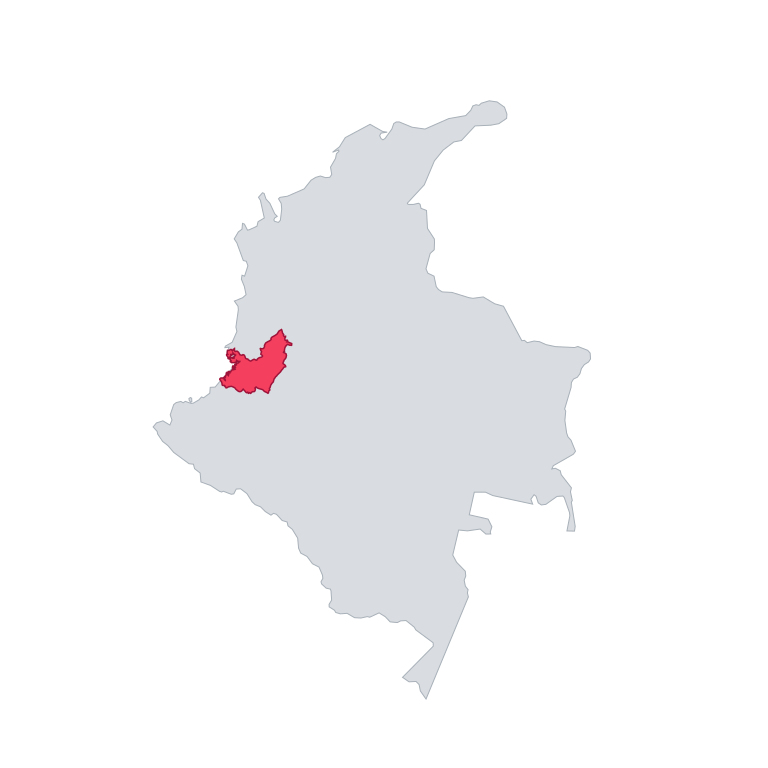 where Valle del Cauca sits in Colombia, rotated 12°
{"feature_id": "COL-1408", "entity_name": "Valle del Cauca", "entity_type": "Department", "adm_level": 1, "iso_a3": "COL", "parent_name": "Colombia", "parent_adm1": "", "projection": "mercator", "projection_center": [-76.797, 4.064], "detail": "fine", "context": "in_parent", "style": "filled", "palette": "rose", "viewbox_px": 768, "rotation_deg": 12, "n_neighbors": 0, "source": "natural_earth", "source_scale": "10m", "svg_char_len": 9691}
<svg xmlns="http://www.w3.org/2000/svg" viewBox="0 0 768 768"><g transform="rotate(12 384 384)"><path d="M442.2,105.5L434.5,108.7L419.4,112.6L409.1,129.7L402.0,132.7L393.3,142.8L386.9,155.3L382.0,180.8L369.2,202.3L370.2,203.3L375.3,202.3L380.2,200.0L381.9,200.7L383.7,204.5L389.5,205.4L394.2,222.8L403.1,231.7L404.0,235.1L405.2,242.3L402.0,246.7L401.1,262.6L403.9,266.5L410.5,268.1L414.9,278.0L417.7,280.3L421.8,281.8L431.5,280.3L449.1,281.9L453.2,281.7L463.0,278.2L475.5,282.5L484.7,283.1L509.8,313.0L512.3,312.1L515.5,313.8L521.8,310.8L527.3,310.3L534.5,311.8L543.9,311.8L562.9,308.7L565.8,307.0L576.2,308.7L579.2,310.9L580.8,316.5L579.5,319.9L575.9,323.4L573.9,327.8L573.5,333.2L571.7,337.2L568.3,339.8L567.0,343.6L567.7,348.5L565.9,370.9L567.4,372.8L568.5,382.0L572.8,393.9L574.9,397.4L578.6,400.1L585.3,410.0L583.8,413.3L566.6,428.7L565.8,432.2L569.1,430.8L574.4,432.2L576.2,435.9L588.9,446.6L588.8,450.7L592.4,458.8L591.8,460.6L600.6,483.5L600.9,488.3L593.5,489.7L593.2,474.3L592.2,471.2L583.9,457.5L582.2,456.4L576.6,458.0L567.3,468.1L563.0,469.6L559.6,468.2L556.1,462.2L553.8,461.1L551.6,466.1L554.4,470.6L513.6,470.5L505.7,468.7L494.8,471.0L494.6,494.2L513.9,494.5L519.2,501.2L518.7,506.6L519.6,508.5L514.9,509.6L508.2,505.9L496.2,510.3L487.4,511.3L486.8,537.0L492.1,543.3L502.4,550.2L503.9,554.8L503.2,559.2L505.6,564.8L509.0,567.7L509.0,571.0L510.8,574.7L490.6,683.4L483.4,676.7L480.8,670.7L477.2,668.3L470.4,670.1L463.1,667.1L486.7,630.2L485.9,626.9L466.2,617.9L464.2,615.6L454.8,610.8L449.6,612.2L446.6,614.6L439.5,615.4L433.7,611.4L426.8,608.9L418.5,615.1L416.0,615.0L410.1,617.7L403.8,618.7L395.6,616.0L389.0,617.9L384.3,617.5L382.6,615.6L376.7,613.4L376.1,610.9L377.7,606.3L375.2,597.4L374.2,595.8L369.8,595.7L364.5,592.5L363.5,590.5L364.6,586.9L363.6,583.8L358.5,576.6L351.4,574.7L344.6,568.7L337.7,566.7L334.6,562.4L331.6,552.7L324.5,545.2L319.6,542.7L317.9,539.1L312.8,538.7L305.9,533.8L302.8,533.5L300.7,535.8L294.3,533.4L288.8,529.8L283.1,528.8L279.4,526.6L272.7,519.7L265.5,516.3L261.3,517.5L259.9,522.7L257.5,523.6L249.1,522.3L247.7,523.4L245.5,523.2L235.4,519.3L225.3,517.9L222.7,509.3L216.3,506.2L214.3,502.1L209.8,502.5L192.6,494.7L185.5,489.2L179.4,486.2L173.0,480.0L172.0,477.6L167.1,474.0L169.5,469.4L175.4,466.0L183.1,468.7L184.1,463.3L181.3,458.6L182.6,447.8L184.6,445.4L188.9,443.3L191.5,444.1L193.2,442.3L199.4,443.1L201.4,442.4L206.2,438.1L208.2,434.6L210.4,435.0L215.5,429.2L214.7,423.4L219.5,422.1L224.5,412.6L226.7,412.4L227.9,407.9L236.7,392.2L233.5,394.0L230.0,392.9L230.6,387.6L229.5,387.0L226.6,391.1L224.2,386.9L224.8,380.2L220.8,381.5L221.0,379.9L226.8,374.8L229.2,363.2L227.3,359.1L226.1,341.7L225.1,338.4L220.4,334.0L227.8,329.0L230.5,325.3L227.1,317.6L222.7,311.1L222.5,307.1L225.2,307.5L226.3,296.7L223.8,292.6L220.7,292.5L210.7,276.5L207.3,273.2L209.9,265.5L212.9,262.1L212.2,256.3L214.2,256.6L218.5,261.9L220.2,261.1L226.9,256.1L227.1,251.4L232.4,246.5L224.9,230.0L222.4,227.5L225.4,222.2L227.1,222.5L230.1,227.6L234.8,231.0L241.7,240.2L244.7,242.2L242.6,244.3L242.1,246.4L243.1,247.6L247.1,247.9L248.6,245.4L247.6,234.3L245.9,228.7L242.3,224.8L243.4,223.1L250.5,220.4L265.3,209.8L270.3,199.8L274.2,196.1L278.5,193.8L283.9,194.3L288.0,193.1L289.3,189.9L286.6,183.0L289.7,173.4L289.6,168.6L291.6,165.7L290.9,164.6L285.5,168.0L291.1,161.3L294.9,151.0L316.4,132.9L330.3,137.3L334.8,137.0L329.0,139.2L328.1,141.9L330.1,144.6L332.2,145.4L334.0,143.6L338.7,133.0L339.4,127.2L341.4,125.2L344.4,124.5L358.1,127.0L371.1,126.1L392.2,110.9L408.1,104.5L412.0,98.2L413.1,93.5L416.0,91.7L419.0,91.7L420.8,89.1L428.1,85.1L436.0,84.6L444.3,88.2L448.1,94.4L448.7,98.7L442.2,105.5ZM199.7,441.2L198.7,442.0L196.9,440.6L196.2,438.8L197.4,437.5L198.8,437.9L199.7,441.2Z" fill="#d9dde1" stroke="#a8b0b8" stroke-width="1"/><path d="M224.5,415.6L222.4,413.7L222.4,412.9L222.7,412.5L223.1,412.1L223.5,411.9L223.9,411.9L224.5,411.8L225.0,411.7L225.8,411.0L226.6,412.5L227.2,413.1L228.0,413.4L227.9,413.0L226.7,411.6L226.4,411.1L226.3,410.5L226.5,409.9L226.8,409.5L227.0,409.8L227.2,410.1L227.4,410.3L227.5,410.1L227.5,409.9L227.1,409.3L227.3,408.5L227.6,407.9L227.8,407.3L227.5,406.5L228.3,406.5L228.1,406.9L228.1,407.1L228.0,407.4L228.1,407.7L228.4,407.7L228.7,407.5L229.3,407.5L230.0,408.0L230.0,407.7L229.8,407.4L229.6,407.2L229.3,407.1L229.7,406.8L229.1,406.6L228.8,406.5L228.9,406.2L229.0,406.1L229.5,406.3L229.6,405.8L229.1,405.6L228.4,405.7L227.8,405.8L227.9,405.3L228.3,405.2L228.9,405.3L229.5,405.3L228.8,404.9L229.2,404.6L229.5,404.6L229.4,404.5L229.3,404.1L230.0,403.9L230.7,403.9L230.7,404.1L230.6,404.4L230.9,404.4L232.0,404.1L231.4,404.0L231.3,403.7L231.5,403.4L232.1,402.6L232.3,402.2L232.7,401.2L233.1,401.4L233.4,401.5L233.7,401.4L234.0,401.0L235.0,400.8L235.2,400.6L234.7,400.4L234.2,400.5L233.7,400.7L233.3,400.6L233.2,400.1L234.0,399.9L234.6,399.7L234.9,399.2L234.3,399.3L232.8,399.7L232.3,399.5L232.2,398.9L232.3,398.3L232.5,397.7L233.5,398.5L234.0,398.6L234.8,398.7L234.6,398.3L234.3,398.2L233.6,398.2L233.4,398.1L233.2,397.7L233.8,397.8L234.3,397.7L234.7,397.4L234.9,397.0L234.4,396.7L234.0,396.2L234.1,395.7L234.7,395.3L234.9,395.5L235.1,395.7L235.2,395.9L235.1,396.3L235.7,395.8L235.4,395.0L235.3,394.4L237.0,393.8L237.4,393.2L237.8,392.6L238.3,392.1L238.3,391.9L236.1,392.3L236.1,392.1L236.6,391.9L235.7,391.9L235.3,391.8L234.9,391.6L235.0,393.2L233.0,394.3L230.4,394.8L229.0,394.1L229.1,393.7L229.6,393.5L229.7,393.2L229.0,392.7L228.6,392.5L228.4,392.4L228.3,392.0L228.3,391.7L228.5,391.1L228.7,390.2L228.9,389.9L229.3,389.7L229.8,389.6L230.1,389.7L230.2,390.0L229.7,390.4L231.4,390.1L232.0,389.9L232.0,389.7L230.7,389.9L230.9,389.4L231.1,389.0L232.1,387.9L232.7,386.7L232.3,386.7L232.1,386.6L232.0,386.2L231.4,386.3L231.0,386.0L230.6,385.6L230.0,385.2L230.2,385.6L230.2,385.9L230.2,386.3L230.0,386.7L229.7,386.5L229.4,386.4L229.1,386.5L228.8,386.7L228.8,386.9L228.9,387.1L228.8,387.4L228.5,387.3L228.0,387.2L228.2,387.9L228.0,388.8L227.8,389.7L227.4,390.1L227.3,390.4L227.2,391.3L227.1,391.6L226.5,391.7L226.1,391.4L225.9,390.9L226.1,390.4L224.3,388.9L224.1,388.6L223.9,388.0L224.1,387.5L224.9,387.4L224.3,386.7L224.0,385.7L223.9,384.6L223.9,383.6L225.3,383.4L226.9,382.1L227.4,382.0L227.7,382.1L228.1,382.6L228.3,382.7L228.6,382.8L228.8,382.7L229.0,382.5L229.3,382.2L229.3,381.5L230.0,380.9L230.4,380.4L230.6,381.0L230.6,381.9L230.7,382.3L231.2,382.8L231.5,383.1L231.8,383.1L232.4,382.7L233.2,382.5L233.5,382.5L233.9,382.5L234.5,383.0L235.0,383.1L236.5,384.7L236.9,385.3L237.1,385.4L237.7,385.4L238.4,385.5L238.8,385.4L239.1,385.3L239.4,385.2L239.7,384.8L239.9,384.6L240.2,384.6L240.6,384.7L241.0,384.7L241.4,384.9L241.8,385.3L243.3,387.6L244.1,388.0L245.3,387.9L245.8,388.0L245.9,388.3L246.0,388.4L246.4,388.6L246.8,388.7L248.0,389.2L248.6,389.3L249.1,389.1L250.2,388.0L250.8,387.5L251.4,387.0L251.8,386.8L252.2,386.8L253.9,387.3L254.3,387.2L254.6,387.1L254.7,386.6L254.8,386.2L255.6,385.1L256.5,384.2L257.4,383.7L258.2,383.5L259.2,382.6L259.4,381.9L258.9,381.3L257.4,380.6L257.3,379.7L257.5,377.9L257.4,377.6L256.6,376.9L256.3,376.5L255.7,375.3L255.6,375.1L255.7,374.9L256.2,375.0L256.5,375.0L257.2,374.9L258.2,374.6L258.9,374.0L259.3,372.4L259.3,371.7L259.0,371.1L259.1,370.7L259.6,368.8L259.9,368.3L261.8,366.5L262.7,365.9L263.8,364.8L264.3,364.0L264.2,363.5L264.0,363.1L264.0,362.7L264.2,362.2L264.5,361.7L264.7,361.4L267.6,358.9L269.1,357.2L270.1,354.3L270.4,353.9L271.0,353.3L271.4,353.0L272.4,352.0L272.7,352.3L273.7,354.2L273.9,354.7L274.3,355.4L275.6,356.5L275.6,357.5L275.8,357.8L276.1,358.0L276.4,358.1L277.3,358.1L277.8,357.8L277.9,358.1L277.9,358.9L277.6,359.4L277.3,359.6L277.8,360.7L277.8,360.9L277.8,361.2L277.8,361.3L278.0,361.5L278.4,361.8L278.9,361.8L279.2,361.8L279.8,361.3L280.3,361.2L280.4,361.3L280.6,361.4L280.7,361.8L280.7,362.1L280.4,362.9L281.2,362.7L281.5,362.8L282.9,363.2L285.3,363.6L285.6,365.2L285.4,365.4L285.3,365.5L284.2,365.5L283.8,365.7L281.4,365.3L280.1,367.1L280.1,367.6L279.8,368.1L279.5,369.3L279.6,372.0L279.9,372.7L279.5,372.9L279.3,373.2L279.1,373.9L279.7,374.2L280.4,374.2L282.0,374.9L282.7,376.5L282.6,378.1L282.7,378.6L282.6,378.8L282.1,380.1L281.6,380.8L281.3,381.6L281.2,381.9L281.2,382.5L281.2,382.8L281.1,383.1L280.9,383.6L280.9,384.7L281.0,385.0L282.3,385.6L283.0,386.0L283.6,386.3L284.2,387.2L284.2,387.6L283.1,388.1L282.7,388.4L282.4,388.8L281.9,390.2L281.6,390.7L281.0,391.7L280.2,393.7L277.8,397.3L277.3,398.5L276.5,399.4L276.1,400.7L275.9,401.0L275.5,401.7L275.3,403.7L275.3,404.4L275.3,404.9L274.1,406.9L274.0,407.4L273.6,408.3L273.4,409.0L273.4,410.2L273.3,411.1L272.8,412.1L273.2,412.9L273.5,413.3L273.6,413.6L273.4,413.9L273.2,414.0L273.0,414.3L272.8,414.8L272.8,416.7L272.4,417.2L271.1,416.7L268.8,416.2L268.3,416.0L267.0,415.0L266.0,414.7L262.5,414.5L260.9,414.2L259.5,413.5L258.8,414.4L258.6,414.7L258.7,415.0L259.2,415.4L259.3,415.7L259.3,417.0L259.2,417.6L258.9,418.1L258.5,418.5L258.1,418.6L257.2,418.8L256.7,419.0L256.5,419.3L256.2,420.0L255.9,420.4L255.4,420.9L254.8,420.5L254.5,420.4L254.1,420.6L253.8,421.0L253.7,421.2L253.6,421.3L253.4,421.3L253.1,421.2L252.8,420.9L252.6,420.4L252.3,420.4L251.9,420.9L251.6,421.1L251.1,421.0L250.5,420.7L249.7,420.0L247.8,418.7L247.3,418.3L246.2,420.4L245.5,421.1L245.0,421.3L244.7,421.5L244.1,421.5L243.5,421.5L242.4,421.1L240.3,420.0L240.0,419.8L239.7,419.5L239.2,419.0L238.9,418.8L237.2,418.3L235.5,418.0L234.9,418.1L234.1,418.4L233.5,418.8L233.3,418.8L233.0,418.7L232.8,418.8L231.1,420.4L230.7,420.5L230.4,420.4L230.3,420.2L230.2,420.2L230.1,420.4L229.5,419.8L229.3,419.7L229.1,419.7L228.9,419.5L228.8,419.4L229.0,419.2L228.9,419.0L228.0,418.6L227.8,418.6L227.0,418.9L226.4,418.9L226.1,418.8L225.7,418.1L225.6,417.8L225.5,417.3L225.3,416.9L225.0,416.5L224.5,415.6Z" fill="#f43f5e" stroke="#9f1239" stroke-width="1.5"/></g></svg>